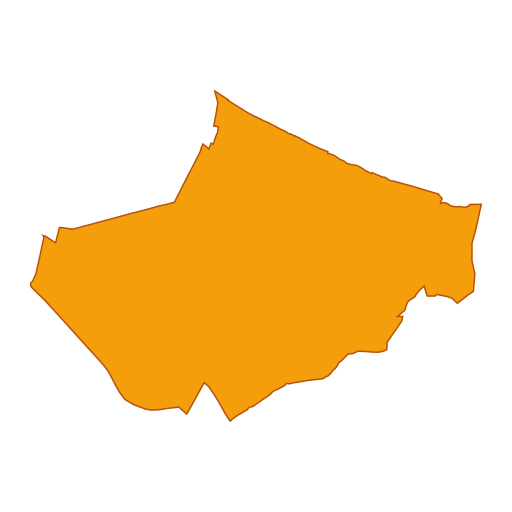 La Paz, México, Mexico
{"feature_id": "50627088B44247269931048", "entity_name": "La Paz", "entity_type": "district", "adm_level": 2, "iso_a3": "MEX", "parent_name": "Mexico", "parent_adm1": "México", "projection": "robinson", "projection_center": [-98.953, 19.364], "detail": "fine", "context": "isolated", "style": "filled", "palette": "amber", "viewbox_px": 512, "rotation_deg": 0, "n_neighbors": 0, "source": "geoboundaries", "source_scale": "gbopen_adm2", "svg_char_len": 5000}
<svg xmlns="http://www.w3.org/2000/svg" viewBox="0 0 512 512"><path d="M125.2,399.7L128.0,401.3L130.7,402.9L132.1,403.7L133.0,404.2L133.5,404.5L133.8,404.6L134.1,404.8L146.1,409.3L151.9,410.1L155.6,409.9L159.2,409.7L169.7,408.1L179.0,407.1L180.9,409.0L186.6,414.0L188.1,411.8L189.6,409.1L190.4,407.5L191.7,405.3L193.0,402.9L194.6,400.1L197.1,395.5L197.4,395.0L199.2,391.6L199.9,390.4L202.2,386.2L202.3,386.1L204.1,382.7L208.4,386.3L209.2,387.3L210.5,389.1L212.7,392.5L214.9,395.7L218.4,401.4L221.1,406.2L224.6,412.6L227.7,417.5L228.9,419.4L229.6,420.5L230.0,421.0L230.7,420.8L231.8,419.4L237.4,415.5L239.4,414.3L247.0,409.9L247.7,409.2L248.1,408.4L248.5,408.1L250.4,406.8L252.3,406.8L253.5,406.0L261.7,400.3L270.6,394.1L272.1,392.3L273.6,391.1L275.7,390.1L277.7,389.3L279.3,388.4L281.0,387.5L282.7,386.7L284.7,385.4L285.2,385.0L286.5,383.5L289.7,383.8L293.2,382.9L293.7,382.8L297.5,382.2L299.1,382.0L301.2,381.6L305.3,380.9L305.8,380.7L323.3,378.6L325.2,377.1L328.4,375.7L330.8,373.3L332.5,370.9L335.4,368.2L336.9,366.3L339.0,362.4L341.5,360.7L347.9,354.2L353.0,353.5L357.8,351.3L358.0,351.2L365.6,351.5L372.5,352.1L379.1,352.2L383.8,351.0L386.8,349.7L387.2,342.3L392.4,334.6L395.6,330.1L401.9,320.9L402.7,316.5L397.5,316.4L404.9,310.1L405.8,306.9L407.5,302.2L409.7,300.2L415.1,296.6L415.8,295.0L417.9,292.1L424.0,286.0L427.2,296.0L429.8,296.1L435.1,296.0L436.5,294.5L442.5,295.6L447.4,296.6L452.0,298.3L457.4,303.3L465.2,297.2L469.1,294.2L473.4,291.4L474.9,273.8L472.0,260.9L472.0,243.2L475.7,230.0L481.3,204.3L474.6,204.4L469.7,204.5L468.7,206.0L466.1,207.1L464.1,207.2L462.9,207.3L461.5,206.6L459.6,206.5L457.8,206.8L456.4,206.8L455.0,206.7L453.4,206.3L452.3,206.4L451.1,205.7L449.7,205.3L448.2,204.0L446.0,203.0L444.9,202.8L444.2,202.6L443.8,202.5L443.2,202.5L442.3,202.9L440.6,203.6L440.4,202.9L440.4,202.5L440.6,202.0L440.9,201.2L441.8,199.4L441.9,198.9L442.0,198.3L441.6,197.8L439.4,195.6L438.4,194.0L433.5,192.6L424.1,189.8L411.9,186.1L409.9,185.6L408.2,185.1L407.4,184.9L404.4,184.1L397.1,182.1L392.9,180.9L392.4,181.1L391.5,180.9L391.0,180.8L389.8,180.5L388.6,179.6L387.1,178.8L386.3,178.0L385.1,177.3L382.5,177.1L372.0,172.6L371.3,173.6L368.8,172.3L368.3,172.0L367.8,171.8L366.6,171.2L365.4,170.6L365.1,170.4L362.6,168.6L360.3,167.2L359.3,166.6L358.6,166.4L357.3,165.8L356.5,165.4L355.6,165.1L351.7,164.8L350.7,164.4L348.5,163.7L347.5,163.5L346.4,163.0L344.5,161.5L342.4,160.2L341.4,160.0L341.0,159.9L340.1,159.5L339.5,159.0L338.9,158.6L338.3,158.3L334.9,155.8L332.9,154.9L329.4,153.7L327.6,153.3L327.9,151.7L323.5,150.0L319.4,148.4L310.3,144.1L308.9,143.4L301.6,139.3L299.1,137.8L297.2,137.0L295.4,136.0L295.3,136.4L290.5,133.8L288.7,133.7L286.8,132.3L286.4,132.0L285.3,131.4L284.3,130.9L282.5,130.1L282.0,129.9L280.4,129.1L278.3,128.0L276.2,126.9L274.8,126.1L272.7,125.0L269.7,123.4L268.3,122.7L266.5,121.9L264.7,121.2L263.4,120.8L261.9,119.7L261.4,119.5L261.1,119.3L258.0,117.9L254.5,116.2L247.9,112.9L247.5,112.6L227.7,100.3L228.1,99.7L227.8,99.6L214.8,91.0L217.6,101.9L217.9,103.3L216.6,109.6L216.7,110.2L216.0,114.0L215.6,116.4L214.3,123.3L213.9,125.1L213.7,126.1L215.1,126.2L215.8,126.4L218.3,126.8L218.2,128.0L218.0,129.3L217.8,130.7L217.5,133.0L217.2,133.2L215.9,136.3L215.7,136.5L215.3,137.8L214.3,140.9L213.3,144.2L211.7,143.4L211.1,143.1L210.7,144.2L210.4,144.9L209.9,146.2L208.9,148.8L207.9,148.0L206.3,146.7L205.1,145.8L203.0,144.0L201.7,146.9L200.9,148.7L201.1,149.6L199.4,153.2L197.4,157.2L196.4,159.1L195.5,161.0L195.1,161.7L194.2,163.5L187.1,177.3L186.1,179.2L183.7,183.9L182.1,187.0L180.7,189.8L180.2,190.8L174.3,202.4L172.8,202.6L172.7,202.6L170.7,203.2L166.2,204.5L165.1,204.7L163.9,205.0L163.3,205.1L162.6,205.2L162.0,205.3L159.5,205.9L159.2,206.0L158.1,206.3L154.1,207.4L153.8,207.5L151.2,208.2L150.6,208.4L148.0,209.1L146.0,209.6L145.4,209.8L144.4,210.0L143.6,210.3L142.2,210.6L141.2,210.9L139.2,211.4L138.7,211.5L137.6,211.8L135.7,212.3L134.5,212.6L133.2,212.9L132.8,213.0L131.8,213.2L130.1,213.7L129.3,214.0L128.3,214.2L128.1,214.3L125.7,214.9L124.7,215.2L123.6,215.4L122.3,215.9L122.1,215.9L119.9,216.5L118.1,216.9L117.5,217.1L116.9,217.3L112.6,218.5L110.2,219.2L108.9,219.5L108.3,219.7L107.8,219.8L106.0,220.2L105.1,220.5L103.0,221.1L101.5,221.5L100.7,221.7L98.8,222.2L96.6,222.7L95.8,223.0L93.5,223.6L91.1,224.3L88.8,224.9L88.7,224.9L88.3,225.0L86.6,225.5L86.4,225.5L84.8,225.9L83.9,226.2L83.0,226.4L81.5,226.8L81.3,226.9L79.9,227.3L79.6,227.4L79.0,227.5L78.3,227.7L74.7,228.6L72.3,229.2L70.8,228.9L68.6,228.6L67.1,228.4L64.9,228.1L64.6,228.0L61.3,227.6L59.5,227.4L58.8,230.0L58.3,232.6L57.6,234.7L55.6,242.8L54.0,241.8L52.0,240.5L48.0,237.9L46.1,236.6L45.6,236.3L43.2,235.6L43.6,236.1L43.8,238.5L43.3,240.2L41.3,249.4L38.6,261.9L35.8,274.1L32.5,281.3L31.2,282.4L30.8,283.9L30.7,286.2L32.0,287.7L34.5,290.3L40.3,295.9L45.1,300.6L53.7,310.0L60.9,317.9L65.2,322.7L70.5,328.6L77.7,336.6L80.7,339.8L86.7,346.5L91.7,351.9L99.3,360.4L104.3,366.0L108.9,372.3L111.9,378.2L115.2,384.6L119.8,392.7L125.2,399.7Z" fill="#f59e0b" stroke="#b45309" stroke-width="1.5"/></svg>